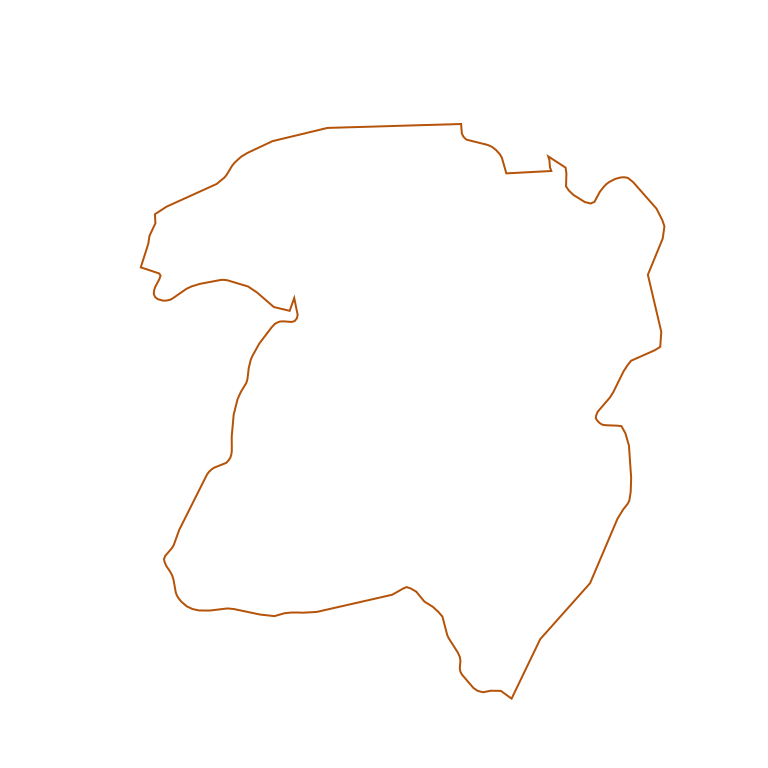 the Province of Chai Nat, rotated 287°
{"feature_id": "THA-407", "entity_name": "Chai Nat", "entity_type": "Province", "adm_level": 1, "iso_a3": "THA", "parent_name": "Thailand", "parent_adm1": "", "projection": "robinson", "projection_center": [100.013, 15.165], "detail": "fine", "context": "isolated", "style": "outline", "palette": "amber", "viewbox_px": 768, "rotation_deg": 287, "n_neighbors": 0, "source": "natural_earth", "source_scale": "10m", "svg_char_len": 2362}
<svg xmlns="http://www.w3.org/2000/svg" viewBox="0 0 768 768"><g transform="rotate(287 384 384)"><path d="M500.3,637.3L495.6,633.2L478.5,613.5L473.5,611.5L466.2,609.4L443.0,605.6L437.2,604.0L419.8,596.4L415.8,596.1L413.1,596.6L411.4,598.6L409.8,601.4L408.9,604.8L409.5,608.5L412.4,619.4L413.1,623.4L407.4,629.3L396.6,636.3L366.5,647.8L353.2,651.4L344.1,652.7L340.2,651.9L333.9,649.4L323.6,646.7L253.7,639.3L185.7,608.0L120.4,598.0L124.7,585.5L121.9,575.8L118.2,568.9L117.9,563.4L119.5,558.3L128.9,543.5L131.3,541.1L134.3,539.6L141.7,538.0L145.0,536.4L148.7,533.2L159.8,520.2L162.2,518.0L178.6,507.9L182.0,502.6L185.2,495.8L187.7,486.3L194.8,475.6L196.3,469.3L196.4,465.0L194.3,462.4L184.9,453.5L146.3,386.2L141.4,372.8L140.5,369.1L138.3,362.1L135.6,355.7L130.0,347.1L127.3,332.9L124.9,306.3L123.6,299.9L116.4,283.6L113.4,273.5L112.8,266.7L113.7,260.5L116.5,254.0L118.9,250.3L121.5,247.5L124.0,245.7L135.9,239.6L139.2,237.2L142.1,234.3L146.0,229.4L149.2,226.5L152.2,224.8L155.6,225.0L164.7,229.0L168.1,230.0L184.5,230.8L245.7,241.2L248.8,242.3L251.6,243.9L254.2,245.9L262.5,256.2L265.3,257.6L268.7,258.6L272.0,258.6L275.6,258.0L289.3,253.7L310.8,249.2L326.7,248.4L334.4,249.4L344.8,252.0L348.6,252.0L359.7,250.0L367.8,249.5L371.5,249.8L386.2,252.9L405.4,260.0L409.5,262.0L411.5,263.9L413.3,266.2L414.6,269.8L416.3,277.4L418.0,280.1L421.4,281.5L424.9,281.2L440.0,273.0L426.4,272.4L425.4,256.1L434.4,235.8L437.5,225.5L437.4,204.0L436.8,200.5L435.8,197.5L426.0,178.8L421.1,171.5L417.3,167.3L404.0,156.8L402.0,154.8L400.3,151.8L399.1,148.3L399.0,142.6L400.4,139.5L402.8,137.5L406.1,136.8L409.9,136.8L418.5,138.5L422.4,138.6L424.0,136.5L424.4,117.3L449.1,117.6L457.1,116.4L470.9,118.4L479.4,115.3L490.1,124.3L526.4,165.5L534.7,171.0L537.9,172.3L548.5,175.0L551.9,176.4L557.8,179.8L560.3,181.5L565.1,185.9L583.6,206.3L612.3,254.9L655.2,381.7L646.3,385.2L643.5,387.9L641.8,391.4L642.9,413.3L642.4,417.8L640.7,422.3L637.8,427.3L634.8,430.6L621.2,439.4L636.6,481.7L639.7,479.4L646.5,476.7L649.7,474.5L644.0,494.4L638.6,496.9L626.2,500.3L623.2,504.0L620.2,509.8L616.7,522.9L617.0,528.7L619.7,532.0L630.8,534.2L637.3,536.7L640.3,538.3L643.0,540.3L647.4,544.8L649.3,547.6L651.0,550.6L652.0,553.5L652.4,556.9L652.1,557.7L649.9,563.2L631.3,593.4L622.1,602.2L616.7,606.1L604.6,608.0L565.6,604.4L515.0,633.9L500.3,637.3Z" fill="none" stroke="#b45309" stroke-width="2"/></g></svg>